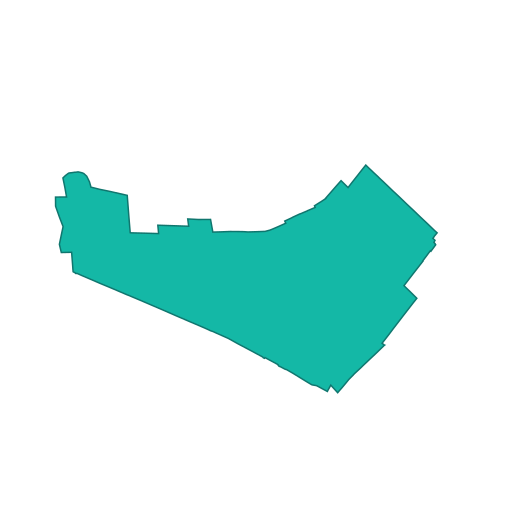 the district of Salcia Tudor, Braila, Romania, rotated 243°
{"feature_id": "2599482B15573123019161", "entity_name": "Salcia Tudor", "entity_type": "district", "adm_level": 2, "iso_a3": "ROU", "parent_name": "Romania", "parent_adm1": "Braila", "projection": "robinson", "projection_center": [27.512, 45.411], "detail": "fine", "context": "isolated", "style": "filled", "palette": "teal", "viewbox_px": 512, "rotation_deg": 243, "n_neighbors": 0, "source": "geoboundaries", "source_scale": "gbopen_adm2", "svg_char_len": 2916}
<svg xmlns="http://www.w3.org/2000/svg" viewBox="0 0 512 512"><g transform="rotate(243 256 256)"><path d="M287.2,395.1L284.9,390.0L281.6,382.9L281.1,381.8L277.0,372.9L275.2,369.1L281.8,366.9L284.5,366.0L284.1,364.9L283.2,362.6L281.5,358.3L275.7,343.9L275.5,344.0L274.8,337.9L274.8,337.3L274.2,330.9L272.4,330.8L273.0,322.6L272.9,322.5L273.5,314.3L273.6,314.2L273.9,306.0L273.8,305.6L274.1,297.5L271.7,297.4L272.1,289.0L272.5,282.9L272.7,280.6L272.7,280.4L272.8,279.9L273.8,275.3L277.4,267.5L281.1,259.7L283.2,256.2L285.4,252.1L287.7,247.7L289.7,243.8L293.2,236.2L296.9,228.4L309.2,232.1L314.7,221.2L320.0,212.0L313.1,209.5L328.0,182.5L320.2,179.4L326.7,167.5L333.3,155.3L333.9,154.5L349.5,160.9L368.5,168.8L380.4,154.5L385.1,148.6L386.2,147.2L392.4,140.1L393.6,140.5L397.8,141.3L403.9,141.4L407.7,140.0L409.2,138.7L410.9,136.7L411.3,136.2L411.7,135.7L412.0,134.9L412.4,133.6L412.9,132.6L413.8,129.9L414.6,127.8L414.9,126.6L414.2,122.7L413.2,119.4L403.8,116.8L394.6,114.0L396.0,111.2L397.1,109.0L399.5,104.1L391.7,100.2L391.2,100.0L379.8,98.5L370.2,97.5L369.7,97.4L363.9,92.7L355.9,86.3L355.6,86.1L347.5,84.1L343.0,93.4L329.1,87.6L327.5,86.9L327.2,86.8L325.0,85.9L324.5,86.2L323.8,86.8L323.4,87.1L323.1,87.2L322.5,87.3L322.4,87.3L322.0,87.9L321.8,88.6L321.2,89.1L318.7,91.1L316.5,92.9L302.2,104.8L294.7,111.2L291.6,113.8L279.5,123.9L279.4,124.1L278.9,124.5L269.3,132.6L259.1,141.1L241.8,155.4L239.7,157.1L227.9,166.9L215.7,177.1L212.1,180.0L210.1,181.5L209.5,182.1L208.2,183.4L205.0,185.9L195.3,193.8L186.2,199.9L173.7,208.7L167.6,212.9L163.0,216.1L162.3,216.2L162.0,216.3L161.6,216.6L161.0,217.1L161.4,217.9L149.2,226.3L148.6,226.1L148.0,226.3L147.5,226.4L147.1,226.6L146.8,226.9L146.5,227.3L142.5,230.1L142.1,230.4L141.7,230.7L141.1,231.5L140.2,232.1L135.0,235.5L121.4,243.8L120.1,244.6L116.0,247.2L115.2,248.1L114.8,248.7L114.4,249.2L113.6,250.3L113.3,250.7L113.0,251.0L112.7,251.3L111.0,252.5L108.5,254.2L102.9,258.1L103.3,258.6L103.6,259.0L104.2,259.9L105.0,261.1L105.8,262.3L106.3,263.0L107.0,264.0L97.1,266.7L97.7,268.1L98.2,269.3L99.5,272.6L102.1,278.7L103.8,282.5L104.6,284.9L105.8,288.6L106.1,289.2L106.2,289.7L106.3,289.8L106.4,290.1L106.7,291.2L107.1,292.6L108.8,298.6L109.3,300.2L109.7,301.4L112.2,309.9L114.7,318.5L116.6,324.7L117.7,328.3L118.1,329.5L118.2,330.1L118.3,330.0L121.0,328.7L124.6,336.4L126.8,341.0L129.3,346.1L133.0,353.9L135.4,358.9L142.6,374.2L145.3,380.1L154.4,377.1L158.4,375.7L161.4,374.7L162.4,374.4L169.1,388.5L175.6,402.4L175.9,402.3L181.5,413.7L180.8,414.0L184.4,421.2L185.1,421.0L185.5,421.2L187.3,420.7L188.7,422.6L191.4,421.6L192.3,423.4L192.6,423.7L194.4,427.9L197.6,426.7L207.1,423.4L216.0,420.2L220.3,418.7L224.7,417.2L233.8,413.9L242.8,410.8L244.5,410.2L251.6,407.6L260.6,404.5L260.8,404.4L265.4,402.8L266.7,402.3L269.5,401.3L271.4,400.7L276.3,398.9L277.4,398.5L279.5,397.8L282.2,396.8L284.5,396.0L287.2,395.1Z" fill="#14b8a6" stroke="#0f766e" stroke-width="1.5"/></g></svg>